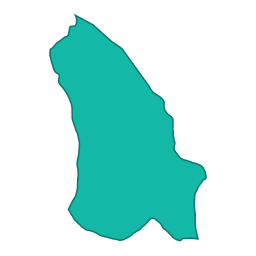 Planard, Micoud, Saint Lucia
{"feature_id": "8701671B69185125078741", "entity_name": "Planard", "entity_type": "district", "adm_level": 2, "iso_a3": "LCA", "parent_name": "Saint Lucia", "parent_adm1": "Micoud", "projection": "equal_earth", "projection_center": [-60.914, 13.806], "detail": "fine", "context": "isolated", "style": "filled", "palette": "teal", "viewbox_px": 256, "rotation_deg": 0, "n_neighbors": 0, "source": "geoboundaries", "source_scale": "gbopen_adm2", "svg_char_len": 5769}
<svg xmlns="http://www.w3.org/2000/svg" viewBox="0 0 256 256"><path d="M206.1,177.0L206.0,176.4L205.9,175.9L205.7,174.5L205.5,173.3L205.3,172.4L204.9,171.5L204.3,170.2L204.1,169.7L203.7,168.8L203.4,168.3L203.2,167.9L203.0,167.7L202.5,167.1L202.2,166.8L201.3,166.0L200.9,165.7L200.3,165.3L199.6,164.9L198.6,164.5L197.6,164.1L196.7,163.7L195.9,163.4L195.5,163.3L194.7,163.2L194.3,163.1L192.3,162.6L191.5,162.2L189.8,161.5L189.1,161.3L186.9,160.6L184.9,160.1L184.0,159.8L182.1,159.0L180.8,158.3L180.3,157.9L179.5,157.1L178.6,155.9L178.3,155.5L177.9,155.0L177.1,154.0L176.4,153.1L175.2,151.4L175.1,151.2L174.5,150.4L174.2,149.7L174.1,148.6L174.1,148.1L174.2,146.8L174.3,146.2L174.4,145.6L174.6,145.0L174.8,144.0L174.9,143.8L174.8,143.5L174.8,142.9L174.5,141.2L174.3,141.0L174.2,140.7L174.0,140.0L173.9,139.0L173.8,138.6L173.7,137.6L173.3,135.8L173.2,135.1L173.2,133.0L173.2,131.2L173.1,130.2L172.9,129.3L172.9,128.1L172.9,127.1L173.0,126.2L173.0,124.9L172.9,124.0L173.0,121.7L172.9,120.2L172.9,119.7L172.7,118.8L172.6,118.5L172.5,118.3L172.1,117.8L171.4,117.0L170.7,116.3L169.9,115.7L169.3,115.3L168.1,114.4L167.9,114.2L167.7,114.0L166.9,113.1L166.1,112.0L165.3,110.8L165.1,110.4L164.8,109.9L164.6,109.4L164.4,108.8L164.3,108.5L164.2,107.6L164.0,106.4L164.0,106.1L164.0,105.8L164.0,105.2L164.1,104.4L164.1,103.1L164.1,102.4L164.0,102.0L164.0,101.7L163.9,101.4L163.7,100.9L163.4,100.5L163.1,100.1L162.5,99.2L161.9,98.6L161.6,98.3L160.4,97.3L159.5,96.6L159.0,96.2L157.9,95.6L156.6,94.8L155.4,94.0L155.0,93.6L154.2,93.0L153.4,92.5L152.8,92.0L152.4,91.6L151.5,90.4L150.5,89.0L150.1,88.5L149.7,87.7L149.2,86.5L121.9,48.6L111.5,41.4L92.8,24.7L75.4,15.4L76.3,17.4L76.6,19.2L76.6,21.6L76.5,23.5L75.4,25.6L74.5,26.2L73.1,26.2L72.5,26.2L70.7,26.4L70.2,26.6L70.0,27.2L69.5,28.8L69.2,30.8L68.8,32.4L68.4,34.7L67.7,35.9L67.0,36.5L65.8,36.9L65.1,37.0L64.1,37.6L62.3,39.0L60.7,40.3L56.4,43.3L54.1,46.2L52.7,47.7L51.7,48.6L50.4,49.2L50.0,51.7L50.0,53.4L50.1,55.3L49.9,55.5L50.5,57.2L51.4,61.2L51.7,62.5L52.8,65.8L53.9,69.5L54.8,71.3L55.2,71.9L56.5,72.9L57.8,73.6L59.0,74.6L59.2,75.6L59.2,77.1L59.0,77.9L58.5,80.0L58.6,81.2L58.9,82.4L59.7,84.0L61.2,85.9L63.5,88.6L65.9,92.0L67.4,94.6L69.2,98.1L69.7,99.5L70.4,101.3L71.2,103.4L71.8,105.6L72.1,108.7L72.2,117.5L72.4,119.3L74.0,124.3L75.8,129.3L76.1,130.6L77.4,133.3L78.3,136.8L78.6,138.9L79.1,140.4L79.4,142.8L79.4,146.5L79.3,148.1L79.0,149.6L78.6,155.2L77.8,158.5L77.4,160.6L77.0,164.1L77.2,165.8L78.0,169.2L78.1,172.3L78.3,173.9L77.8,178.5L77.7,180.7L77.5,186.6L77.4,188.7L77.0,190.6L76.3,193.4L75.8,195.4L75.1,197.0L74.3,198.4L72.8,200.6L70.7,204.8L69.2,207.8L68.4,209.7L68.7,210.1L69.6,211.4L69.9,211.8L70.6,213.1L71.4,214.5L72.1,215.6L72.8,216.8L73.2,217.4L73.6,218.0L74.3,219.2L74.7,219.8L75.0,220.2L75.7,220.9L76.2,221.4L76.9,222.0L77.8,222.9L78.5,223.6L79.2,224.2L79.6,224.6L80.0,225.0L80.9,225.9L82.3,227.1L82.6,227.4L83.9,228.2L84.4,228.5L84.9,228.9L85.6,229.4L85.8,229.6L86.6,229.9L87.4,230.1L87.8,230.1L88.3,230.2L88.8,230.3L89.0,230.4L89.5,230.5L90.2,230.7L91.2,230.9L92.6,231.4L93.5,231.7L93.7,231.8L94.1,231.9L94.7,232.3L95.4,232.6L96.1,232.9L96.6,233.1L97.1,233.5L97.5,233.8L98.6,234.4L100.0,235.2L100.5,235.4L101.4,235.8L102.3,236.0L102.5,236.1L104.2,236.5L104.4,236.5L105.5,236.7L107.4,237.3L109.5,237.8L110.8,238.2L111.5,238.4L112.3,238.7L113.5,238.9L114.3,239.0L114.5,239.0L116.3,239.3L117.8,239.7L119.1,240.1L119.5,240.2L120.4,240.2L122.4,239.9L122.9,239.8L123.5,239.5L124.1,239.4L124.7,239.1L125.4,238.6L125.8,238.4L126.3,238.2L127.1,237.8L127.3,237.8L128.3,237.3L128.7,237.1L129.5,236.4L130.4,235.9L131.2,235.5L131.4,235.4L131.8,235.0L133.1,233.4L133.3,233.1L133.6,232.9L133.8,232.7L134.0,232.7L134.7,232.5L135.0,232.4L135.5,232.1L136.3,231.5L136.8,231.2L137.4,230.9L138.1,230.5L138.9,230.1L139.5,229.7L140.2,229.1L140.6,228.8L141.0,228.5L141.1,228.3L141.4,228.0L142.0,227.2L143.0,226.2L143.5,225.8L144.4,225.2L145.3,224.4L145.7,224.0L145.9,223.7L146.1,223.5L146.5,223.1L146.9,222.6L147.7,221.8L148.1,221.5L148.4,221.0L148.6,220.8L148.9,220.4L149.0,220.3L149.6,219.8L150.2,219.3L150.5,218.9L151.0,218.5L151.5,218.3L151.7,218.2L152.5,218.2L152.8,218.3L153.0,218.3L153.3,218.5L153.5,218.5L154.2,218.5L154.8,218.7L155.1,219.0L155.4,219.3L155.8,219.7L155.9,219.9L156.7,220.4L157.4,220.8L157.6,221.0L157.9,221.3L158.8,222.1L159.3,222.5L159.8,222.9L160.5,223.5L161.2,224.5L161.4,225.0L161.7,225.6L162.1,226.6L162.9,227.8L163.3,228.3L163.7,228.7L164.2,229.0L165.6,229.8L166.0,230.1L166.4,230.4L166.7,230.8L169.2,233.4L169.9,234.0L170.7,234.9L171.4,235.5L171.8,236.0L172.0,236.2L172.1,236.5L172.8,237.3L173.3,237.7L174.1,238.2L175.4,239.0L175.8,239.2L176.0,239.3L176.8,239.7L177.2,239.9L178.1,240.2L179.0,240.4L179.4,240.4L180.0,240.6L180.4,240.6L180.5,240.5L180.9,240.2L181.5,239.5L181.9,239.2L182.2,238.9L182.6,238.7L182.8,238.6L183.2,238.5L183.6,238.4L183.8,238.4L184.2,238.5L184.6,238.5L185.0,238.5L185.9,238.3L187.5,238.4L191.9,238.3L192.2,238.3L192.6,238.4L193.1,238.5L193.5,238.5L194.0,238.5L195.0,238.6L196.1,238.6L196.3,238.7L198.1,239.0L198.2,238.7L197.7,237.9L197.6,237.6L197.5,237.1L197.1,235.2L196.4,232.1L196.0,230.7L195.8,229.5L195.6,228.2L195.2,224.1L195.2,222.4L195.1,220.6L195.1,218.4L195.2,215.3L195.2,214.6L195.1,213.5L195.0,212.6L194.8,211.5L194.8,210.9L194.7,210.3L194.6,209.2L194.5,208.7L194.4,206.7L194.3,205.7L194.3,203.9L194.3,203.1L194.3,202.8L194.3,202.1L194.4,201.7L194.6,198.9L194.6,198.1L194.6,197.4L194.7,196.1L194.8,195.3L195.0,194.1L195.2,193.5L195.4,193.0L196.0,191.7L197.2,189.3L198.2,187.3L198.6,186.5L199.0,185.8L200.6,183.6L201.2,182.9L201.6,182.3L202.2,181.4L202.5,180.9L203.2,180.1L203.4,180.0L203.7,179.8L204.3,179.5L204.5,179.5L204.7,179.3L204.9,179.2L205.1,179.1L205.4,178.8L205.9,178.0L206.0,177.7L206.1,177.2L206.1,177.0Z" fill="#14b8a6" stroke="#0f766e" stroke-width="1.5"/></svg>